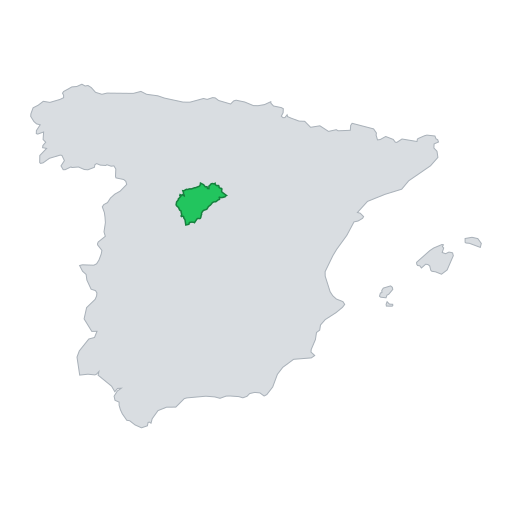 location of Segovia within Spain
{"feature_id": "ESP-5843", "entity_name": "Segovia", "entity_type": "Autonomous Community", "adm_level": 1, "iso_a3": "ESP", "parent_name": "Spain", "parent_adm1": "", "projection": "albers", "projection_center": [-3.954, 41.108], "detail": "fine", "context": "in_parent", "style": "filled", "palette": "green", "viewbox_px": 512, "rotation_deg": 0, "n_neighbors": 0, "source": "natural_earth", "source_scale": "10m", "svg_char_len": 5652}
<svg xmlns="http://www.w3.org/2000/svg" viewBox="0 0 512 512"><path d="M270.8,101.7L270.9,103.2L273.5,106.0L281.3,107.6L283.3,108.7L283.1,112.8L281.3,116.2L283.0,117.7L284.9,117.6L287.1,114.8L287.6,116.6L291.2,118.2L299.1,121.1L304.7,121.3L310.6,127.3L319.9,125.8L328.5,131.4L336.3,129.7L338.1,130.8L350.3,130.3L350.7,125.4L352.1,123.3L373.6,128.9L376.4,133.0L376.1,135.1L377.5,139.9L380.3,139.5L385.7,136.5L393.2,139.4L395.3,142.2L396.8,142.4L402.0,139.0L417.0,141.5L417.4,139.1L418.4,138.4L424.4,135.8L426.9,135.1L434.9,136.0L436.0,138.8L437.7,139.7L438.5,142.0L434.1,143.9L433.9,148.0L437.0,151.3L437.9,157.4L430.5,165.8L408.7,180.8L401.7,189.2L384.8,194.4L367.5,201.4L357.4,212.5L360.2,213.2L363.6,216.6L362.6,218.3L358.1,221.0L354.0,221.9L346.8,235.4L336.7,249.3L332.9,255.6L325.1,271.7L325.2,276.2L330.1,291.7L332.7,295.7L336.3,299.0L342.9,301.6L344.7,304.4L342.5,307.3L336.2,312.5L325.2,319.6L320.5,325.0L319.7,330.1L316.5,332.5L315.4,339.6L311.2,349.5L311.0,352.1L314.7,355.5L311.3,357.9L293.6,359.3L282.8,367.3L277.4,374.3L272.7,387.0L266.8,394.6L264.1,396.0L259.9,392.9L254.6,392.4L249.6,393.6L247.0,396.3L242.9,397.8L238.8,396.6L230.0,396.0L226.1,396.1L220.0,398.3L214.7,396.9L205.9,396.2L186.8,397.9L184.3,398.6L175.8,407.1L166.5,407.2L158.0,410.6L152.2,418.7L151.0,423.2L149.4,422.1L148.1,422.4L147.4,425.8L141.5,427.8L135.0,424.9L129.6,420.7L126.8,420.3L122.3,413.8L120.4,409.7L119.1,405.2L119.1,402.1L115.0,400.3L114.1,396.2L117.3,391.0L121.3,388.2L117.6,388.4L114.8,391.7L111.6,386.2L98.1,375.2L98.9,371.5L96.5,374.2L94.9,374.9L87.9,374.2L79.7,375.1L77.0,357.1L79.3,350.9L88.8,339.0L94.5,337.5L97.0,331.3L91.8,331.4L84.1,318.9L86.6,307.6L95.1,299.4L96.6,296.0L96.9,292.9L95.5,290.6L91.1,289.2L86.9,280.1L86.1,274.4L82.5,271.2L79.6,265.5L82.4,264.8L93.8,265.2L96.6,263.8L98.9,260.2L101.2,254.1L101.9,250.4L97.6,244.9L97.5,243.8L98.2,242.0L105.3,236.3L104.0,231.9L105.4,222.6L105.0,217.1L104.4,212.6L102.3,206.8L103.9,204.5L107.5,202.6L110.5,198.0L114.7,194.2L120.2,191.1L126.7,184.4L125.8,181.3L123.7,179.5L116.0,177.9L115.5,176.5L115.8,169.0L113.9,165.9L111.1,166.2L106.8,164.7L105.8,165.5L100.3,165.1L96.6,163.6L94.9,164.7L94.4,167.3L87.9,169.8L84.3,169.5L78.5,167.0L71.8,167.5L71.0,166.9L65.1,169.7L63.2,169.7L61.0,165.9L64.4,160.6L61.9,155.4L60.2,155.1L49.4,158.3L43.0,162.9L40.5,163.4L39.7,162.5L39.8,155.5L46.6,148.4L42.6,147.7L42.9,145.5L45.7,142.2L43.1,139.5L43.6,132.0L37.7,134.1L36.3,133.6L36.4,130.6L40.2,124.8L36.6,123.9L33.9,121.5L30.7,116.4L30.9,113.8L33.1,107.8L38.2,105.2L43.3,101.3L49.9,102.4L60.1,99.4L63.6,97.7L63.6,95.2L62.5,93.2L63.6,91.5L71.9,86.9L76.8,86.5L81.9,84.2L85.1,86.0L88.0,85.5L91.3,87.6L95.5,92.3L101.9,94.3L107.0,93.1L133.3,93.4L140.9,91.4L146.6,94.3L157.8,95.8L164.5,98.1L183.1,102.1L189.9,102.2L203.5,98.5L207.2,99.4L212.6,97.6L215.2,97.9L218.6,100.5L230.6,104.0L233.7,100.9L236.1,100.2L244.7,102.0L253.4,105.6L258.0,105.7L264.5,104.6L270.8,101.7ZM442.2,252.5L445.6,253.7L448.9,252.1L450.8,252.4L452.6,252.9L453.3,255.7L447.1,270.0L441.5,274.2L435.4,271.8L431.9,271.3L430.8,270.3L429.7,265.9L428.0,264.6L425.7,264.2L421.4,268.0L419.8,265.8L417.6,265.5L416.7,264.1L416.6,262.3L429.8,250.6L433.7,248.0L442.0,244.5L443.4,244.8L442.4,246.6L443.7,248.0L442.2,252.5ZM481.3,243.4L480.3,247.4L469.4,243.3L466.0,243.0L465.1,242.3L465.1,238.5L472.0,237.3L477.8,238.6L481.3,243.4ZM387.0,295.1L386.0,297.8L380.7,297.2L379.5,296.2L380.4,293.0L381.9,292.6L381.8,290.4L383.3,288.1L390.6,285.9L392.3,287.3L392.8,289.4L388.7,294.3L387.0,295.1ZM392.8,305.6L392.1,306.2L386.4,306.1L386.1,304.3L387.1,301.7L389.4,304.1L392.7,304.3L392.8,305.6Z" fill="#d9dde1" stroke="#a8b0b8" stroke-width="1"/><path d="M194.5,222.7L193.7,222.3L191.6,222.1L191.1,222.2L190.6,222.4L189.9,222.3L189.2,222.9L189.1,224.0L188.4,224.4L185.8,225.0L185.0,219.8L184.7,219.3L184.0,218.4L183.8,217.8L183.7,217.0L183.6,216.6L183.3,216.3L182.8,216.2L181.6,216.6L181.2,216.3L181.1,215.8L181.6,214.8L181.7,214.3L181.2,212.6L181.1,211.2L180.9,210.9L180.7,210.7L180.2,210.5L179.8,210.2L179.5,209.8L178.8,208.1L178.5,207.5L176.6,205.8L176.1,204.8L176.6,201.9L178.3,199.9L178.3,199.0L180.7,196.5L179.8,195.6L180.1,194.6L181.4,195.4L182.2,194.7L184.3,195.9L184.3,195.5L184.2,195.2L183.6,194.1L183.5,193.8L183.5,192.7L182.8,190.7L183.8,190.8L186.4,189.3L187.8,189.5L189.2,188.9L191.5,188.9L194.4,187.8L195.5,187.7L199.4,186.2L199.9,185.6L200.2,185.0L200.5,183.1L203.6,184.7L205.3,186.8L207.0,186.7L207.5,188.5L208.9,188.6L208.9,186.6L208.9,186.2L209.2,185.8L209.9,185.4L210.1,185.2L210.5,184.4L210.7,184.2L211.6,183.7L212.4,183.5L214.0,183.9L215.1,183.3L215.2,184.2L215.4,184.6L215.7,185.0L217.0,185.7L217.3,185.7L217.9,185.4L218.1,185.4L218.5,185.6L218.9,186.0L219.1,187.2L219.1,187.5L219.3,187.6L220.4,188.3L221.5,188.4L221.7,188.6L221.8,188.8L221.9,189.0L221.6,190.9L221.7,191.7L222.0,192.1L226.5,195.5L225.8,195.8L224.8,197.0L223.8,197.0L223.4,197.3L221.8,197.6L220.2,197.5L219.3,197.2L219.2,197.3L219.3,197.5L219.5,197.7L219.6,198.0L219.6,198.3L219.5,199.0L219.5,199.4L219.2,199.5L218.4,199.7L215.9,201.7L215.6,201.8L215.0,201.7L213.5,202.0L212.4,202.7L212.1,203.0L211.8,203.4L211.6,203.7L211.0,204.4L210.4,205.1L209.0,206.1L208.5,206.6L208.1,207.0L207.8,207.6L207.6,208.0L207.4,208.3L207.0,209.0L206.7,209.2L206.4,209.4L203.5,210.4L203.2,210.7L202.8,211.1L202.6,211.5L202.1,212.1L201.6,212.9L201.5,213.2L201.5,213.5L201.6,214.2L201.6,214.5L201.5,214.8L201.2,215.2L201.1,215.6L201.0,215.9L201.0,216.6L200.9,216.9L200.7,217.6L200.5,217.9L200.4,218.2L200.2,218.4L200.0,218.5L199.3,218.6L199.0,218.6L198.7,218.5L198.3,218.4L197.9,218.4L197.2,218.8L196.9,219.1L195.6,221.0L195.4,221.3L194.5,222.7Z" fill="#22c55e" stroke="#15803d" stroke-width="1.5"/></svg>